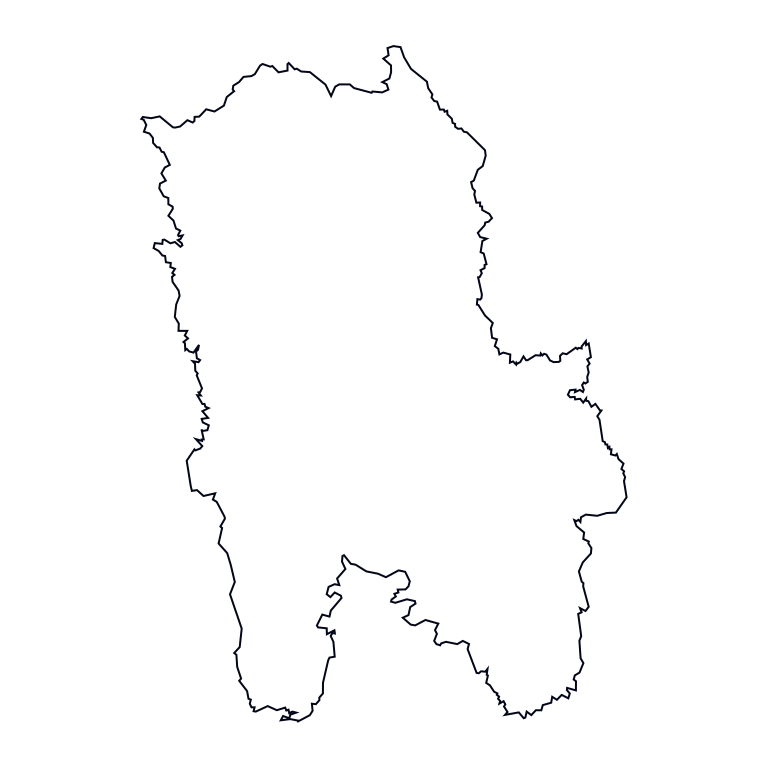 the district of Tuzantla, Michoacán, Mexico
{"feature_id": "50627088B6449807032479", "entity_name": "Tuzantla", "entity_type": "district", "adm_level": 2, "iso_a3": "MEX", "parent_name": "Mexico", "parent_adm1": "Michoacán", "projection": "orthographic", "projection_center": [-100.59, 19.224], "detail": "fine", "context": "isolated", "style": "outline", "palette": "ink", "viewbox_px": 768, "rotation_deg": 0, "n_neighbors": 0, "source": "geoboundaries", "source_scale": "gbopen_adm2", "svg_char_len": 6081}
<svg xmlns="http://www.w3.org/2000/svg" viewBox="0 0 768 768"><path d="M576.0,681.3L573.7,679.5L574.8,675.4L579.5,672.6L583.4,663.1L580.6,658.3L579.4,640.7L581.2,636.2L578.2,613.9L581.6,612.3L580.0,608.1L585.5,611.0L588.7,606.8L583.2,586.5L583.4,583.1L581.7,581.7L578.9,571.4L582.8,562.4L590.9,553.5L591.4,548.1L588.3,543.3L588.8,541.5L583.3,539.0L584.1,532.5L576.5,526.1L574.3,520.1L576.5,521.1L578.4,519.8L580.4,522.0L581.0,517.3L585.8,514.6L597.2,515.8L606.8,513.0L615.9,512.6L626.6,497.3L624.0,481.2L625.1,477.1L623.3,473.3L624.1,471.3L621.4,469.0L623.5,463.6L618.5,459.1L616.8,454.0L615.4,455.5L610.9,454.3L611.5,449.3L609.6,449.3L609.4,446.9L607.9,448.0L607.3,444.5L605.4,444.4L604.9,442.2L602.7,441.1L599.5,419.8L597.3,416.2L601.4,410.5L599.9,410.3L595.4,403.9L591.4,406.8L588.4,401.2L586.0,400.7L586.1,398.6L583.2,402.6L580.2,398.8L575.1,399.4L574.7,396.9L570.2,397.3L567.9,394.7L570.0,390.2L575.5,389.6L575.0,392.1L579.9,389.9L582.9,392.0L583.8,389.7L582.1,385.1L583.8,382.5L585.4,383.5L587.8,381.8L587.2,376.9L588.7,372.5L587.4,366.4L589.6,363.6L587.2,359.4L590.9,357.2L588.7,343.5L586.1,345.1L585.9,341.1L581.6,346.5L581.7,348.5L578.6,347.9L577.4,349.1L575.8,347.7L566.6,354.2L562.7,353.3L560.0,355.9L560.3,360.8L558.8,361.9L553.6,362.1L550.0,360.4L546.4,354.6L544.1,353.8L542.5,355.4L540.8,353.4L540.4,355.6L535.6,355.2L527.6,360.2L526.0,360.2L523.5,356.4L520.3,362.0L517.3,363.7L516.5,362.7L516.1,364.6L513.0,361.4L509.9,362.7L510.3,354.5L503.3,352.6L499.4,354.4L498.3,348.8L494.8,346.1L497.0,339.3L492.1,337.8L490.9,328.2L492.8,323.0L485.0,315.5L478.4,305.0L476.9,304.6L477.4,299.1L480.1,299.6L481.4,298.3L481.9,294.6L478.1,277.3L479.6,277.1L481.8,273.2L480.5,270.2L484.6,268.1L484.6,264.9L486.5,264.2L483.7,253.5L480.6,252.2L482.4,241.0L486.7,238.7L480.2,237.1L477.8,232.9L484.7,225.2L485.2,222.6L488.6,221.7L492.0,218.1L489.3,213.9L482.2,210.0L482.1,206.5L480.1,206.2L480.1,202.5L476.4,202.7L474.3,194.6L475.0,190.9L472.6,188.3L471.1,182.1L473.8,180.6L477.8,169.8L482.7,166.1L485.7,155.7L485.0,150.2L466.9,132.3L463.8,131.7L461.5,128.5L458.0,128.8L455.1,126.7L455.1,123.9L452.6,122.9L451.8,118.7L447.4,114.4L447.2,110.8L444.6,111.7L443.9,109.6L439.9,109.6L437.1,101.6L434.2,101.0L431.5,97.5L432.4,94.4L428.2,88.2L426.9,81.7L411.0,68.9L404.1,57.3L400.5,47.1L393.4,46.1L387.5,48.1L388.6,55.3L383.3,58.6L391.0,65.4L391.1,72.2L389.4,78.5L382.3,82.1L386.7,84.2L388.4,89.6L382.2,92.4L372.4,91.5L371.7,92.8L354.1,88.1L349.8,84.4L339.2,84.4L335.2,86.7L331.1,96.1L325.5,84.6L309.9,72.1L301.2,71.5L296.8,68.7L294.7,69.3L288.7,63.0L287.5,64.1L287.5,70.6L278.5,72.3L272.3,66.0L270.4,66.7L262.5,64.0L260.0,65.7L254.8,74.2L251.4,76.1L243.5,76.9L239.1,82.0L233.3,85.7L232.7,89.6L234.1,91.2L226.8,97.0L223.9,105.6L214.5,111.5L206.2,109.3L199.3,116.6L194.6,116.9L194.4,121.0L192.7,122.5L187.4,120.2L180.1,126.5L175.0,127.6L172.9,127.3L159.7,116.4L151.2,118.2L142.8,117.0L141.4,119.0L143.7,119.8L146.3,125.0L143.9,131.7L149.5,133.5L152.9,137.9L153.1,142.9L157.0,147.3L159.5,147.5L161.6,151.7L163.9,152.3L169.8,164.9L164.8,167.5L161.4,173.4L165.8,180.6L160.0,183.6L159.3,188.4L163.7,196.3L168.3,198.0L168.4,204.3L172.6,206.6L172.8,208.8L168.4,215.8L173.5,220.6L176.0,228.5L180.3,230.6L178.0,235.1L178.7,236.2L182.6,235.4L180.5,239.0L177.8,240.1L181.7,243.2L182.4,245.3L180.4,246.8L174.9,242.0L170.4,243.3L164.4,239.6L162.7,239.9L162.3,243.9L154.8,243.1L153.6,248.1L158.7,251.0L162.4,255.5L165.1,256.0L165.9,262.2L170.8,263.0L170.3,267.1L175.0,268.8L172.3,273.0L174.5,274.9L172.0,276.8L172.6,281.9L178.6,290.6L179.6,295.9L176.2,304.5L174.8,317.0L178.8,323.6L178.5,330.9L187.2,330.9L184.8,335.5L188.0,338.4L183.5,342.0L184.9,343.2L185.3,350.1L186.8,348.9L189.1,351.4L193.5,352.6L199.0,344.9L198.0,349.8L196.0,351.5L196.9,358.3L200.1,360.1L198.5,362.2L192.7,361.2L195.0,363.7L195.3,370.8L197.7,373.5L196.7,375.3L202.0,388.4L200.2,392.0L198.5,392.4L200.8,395.5L197.2,395.2L202.4,404.0L204.5,403.9L205.3,406.7L208.6,408.1L202.4,411.2L208.1,417.9L201.7,418.9L202.8,422.4L208.8,425.3L207.4,430.2L202.3,431.0L201.5,429.4L203.7,439.4L201.8,439.5L202.0,440.9L195.9,439.1L202.3,446.1L200.2,448.6L195.2,450.4L194.4,449.4L186.7,460.7L190.8,486.4L191.9,490.9L197.0,490.1L203.5,496.0L215.2,493.3L212.9,499.6L216.7,501.8L224.6,516.8L224.9,518.7L220.4,526.5L222.1,528.0L218.6,543.5L227.2,553.1L230.8,565.1L234.8,582.0L230.0,594.3L241.7,628.6L239.7,647.1L234.2,653.0L236.4,654.8L237.2,666.9L241.1,678.6L239.2,680.8L247.1,691.1L248.5,698.8L250.8,699.6L249.8,703.8L251.5,707.3L254.6,707.3L253.6,711.2L255.8,711.6L267.7,706.1L276.8,710.2L285.2,707.6L286.3,710.5L288.5,709.7L289.2,713.1L292.4,711.6L296.2,712.6L290.3,714.7L289.3,718.3L283.1,716.0L280.8,720.3L290.2,719.1L298.6,720.7L297.2,721.9L309.8,715.2L312.6,710.8L311.9,703.7L315.8,704.2L319.4,700.2L319.3,697.6L322.9,693.5L323.0,682.7L328.2,660.3L329.5,657.6L334.7,656.7L333.4,641.8L330.7,636.0L332.4,633.0L334.9,633.5L334.4,630.3L326.9,634.2L326.7,628.3L318.0,627.4L316.9,625.5L322.3,614.6L329.5,616.6L330.8,610.6L341.5,598.0L340.9,595.7L334.7,592.5L330.4,597.1L326.7,594.2L328.6,586.9L334.6,584.2L339.3,585.1L337.1,578.5L345.4,569.0L342.0,561.6L342.5,556.0L344.0,555.2L350.8,563.8L355.6,564.7L366.4,571.4L378.0,573.7L385.9,577.2L398.6,570.4L405.2,571.8L409.8,581.3L408.5,586.3L405.5,589.4L397.7,589.6L398.4,592.5L394.4,593.8L395.8,596.5L391.6,599.5L391.0,601.6L395.3,602.8L406.9,599.3L414.9,601.1L415.5,603.6L410.2,607.1L408.5,615.1L402.8,617.7L410.7,624.6L415.2,625.4L425.4,620.0L438.3,623.6L435.0,630.1L436.9,633.8L434.2,640.9L436.4,644.1L440.1,645.3L441.2,643.4L445.9,641.8L457.3,644.1L462.8,640.9L469.0,644.0L467.6,649.1L476.6,672.9L478.7,673.3L481.1,671.3L485.3,671.7L487.5,668.9L486.7,674.8L487.9,675.6L486.2,682.9L490.0,685.4L494.1,691.7L497.4,693.4L496.8,694.8L499.1,696.6L498.1,698.8L500.1,700.9L499.4,703.6L503.6,701.2L505.3,704.4L504.0,706.5L507.5,712.0L505.0,714.9L518.8,712.4L523.7,718.2L525.3,717.6L526.7,711.6L531.3,715.1L535.9,710.2L541.3,710.3L542.8,705.1L551.2,702.7L552.2,696.8L556.9,699.8L561.7,694.9L568.3,698.3L569.8,693.5L566.9,690.1L567.1,687.9L575.9,690.4L576.0,681.3Z" fill="none" stroke="#020617" stroke-width="2"/></svg>